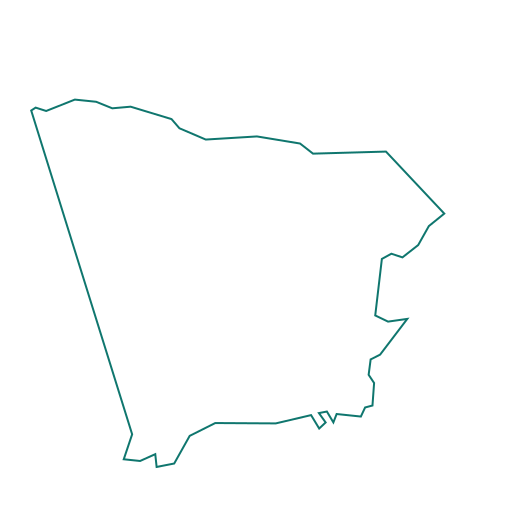 outline of Wau, Western Bahr el Ghazal, South Sudan, rotated 79°
{"feature_id": "79223893B74023037447504", "entity_name": "Wau", "entity_type": "district", "adm_level": 2, "iso_a3": "SSD", "parent_name": "South Sudan", "parent_adm1": "Western Bahr el Ghazal", "projection": "robinson", "projection_center": [27.449, 7.398], "detail": "fine", "context": "isolated", "style": "outline", "palette": "teal", "viewbox_px": 512, "rotation_deg": 79, "n_neighbors": 0, "source": "geoboundaries", "source_scale": "gbopen_adm2", "svg_char_len": 731}
<svg xmlns="http://www.w3.org/2000/svg" viewBox="0 0 512 512"><g transform="rotate(79 256 256)"><path d="M178.3,108.5L166.4,180.5L154.0,191.3L138.8,232.3L132.1,283.1L116.0,306.8L105.5,312.8L85.5,350.6L83.6,368.9L74.1,383.5L67.9,404.0L73.6,434.3L68.3,444.0L70.3,448.9L213.6,433.1L407.4,411.6L430.3,424.6L435.1,408.9L431.3,392.7L444.1,393.8L444.1,375.9L419.9,355.4L412.2,327.9L424.1,268.5L422.7,232.3L437.4,226.9L432.7,219.4L422.2,224.2L422.2,216.1L434.1,211.8L426.5,207.0L433.6,183.7L425.5,177.8L425.0,170.2L403.2,164.3L394.1,168.1L379.4,163.2L376.5,153.0L346.6,119.5L345.6,138.9L337.1,150.3L282.9,133.0L279.6,122.7L285.3,112.5L276.2,94.7L259.6,80.6L250.3,63.1L178.3,108.5Z" fill="none" stroke="#0f766e" stroke-width="2"/></g></svg>